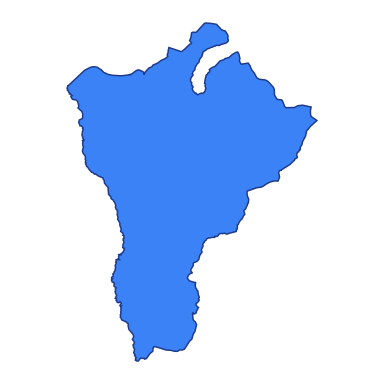 Bukombe, Geita, United Republic of Tanzania (Albers equal-area conic projection)
{"feature_id": "72390352B18842274411831", "entity_name": "Bukombe", "entity_type": "district", "adm_level": 2, "iso_a3": "TZA", "parent_name": "United Republic of Tanzania", "parent_adm1": "Geita", "projection": "albers", "projection_center": [31.534, -3.788], "detail": "fine", "context": "isolated", "style": "filled", "palette": "blue", "viewbox_px": 384, "rotation_deg": 0, "n_neighbors": 0, "source": "geoboundaries", "source_scale": "gbopen_adm2", "svg_char_len": 5901}
<svg xmlns="http://www.w3.org/2000/svg" viewBox="0 0 384 384"><path d="M237.7,52.0L235.9,52.4L232.3,54.5L229.0,57.5L225.0,58.6L223.9,59.7L220.2,60.8L214.9,66.5L212.5,67.3L210.2,68.8L209.3,69.7L209.8,70.7L209.4,72.2L208.3,72.5L207.2,74.6L206.6,74.6L206.1,75.4L205.2,79.2L204.6,83.3L205.4,84.1L205.0,85.9L205.8,87.9L205.1,91.0L204.0,92.4L202.7,93.4L201.2,93.1L197.6,94.8L196.0,93.2L195.8,93.5L194.8,92.8L193.0,90.8L192.2,88.7L193.1,87.1L192.4,85.8L191.7,85.6L191.7,82.7L190.5,81.3L190.7,78.6L191.9,76.4L192.8,75.7L193.0,74.6L192.4,74.2L192.9,71.9L194.9,69.7L195.2,67.4L197.1,64.0L199.0,62.1L199.6,59.4L201.8,56.5L202.8,53.2L202.7,52.4L204.7,50.7L205.3,50.6L207.1,49.0L209.3,48.3L211.3,47.2L212.2,47.2L214.2,46.2L215.5,46.0L216.2,45.3L219.2,45.5L220.5,44.7L225.9,43.1L228.0,41.5L228.3,40.1L228.2,39.3L227.7,38.6L228.0,36.2L227.8,35.1L225.4,31.1L222.4,30.1L221.2,29.3L216.4,24.3L210.4,23.3L205.2,23.0L204.3,23.5L196.6,31.9L196.0,32.3L192.6,32.3L191.6,32.8L190.9,37.5L189.6,40.7L191.5,42.6L191.1,43.6L189.7,44.3L184.7,49.1L181.9,51.4L180.8,51.5L168.9,47.5L168.2,50.5L168.2,52.0L167.4,54.4L167.3,55.7L167.7,56.7L165.0,58.7L161.2,60.4L157.6,63.1L153.0,65.1L151.7,67.0L149.0,67.9L145.1,72.1L144.2,74.3L143.8,74.1L143.7,72.6L143.0,71.7L139.5,70.1L137.8,69.9L135.8,70.9L131.7,74.0L129.5,74.6L129.8,74.8L121.4,75.8L112.4,75.3L107.9,74.3L103.8,72.4L101.2,69.8L97.1,67.2L94.9,66.8L92.2,66.8L89.6,67.7L84.5,70.4L68.6,85.4L67.8,85.6L68.0,86.2L67.4,87.1L67.1,88.7L67.7,89.1L67.4,90.1L68.6,91.4L68.6,92.1L69.2,93.0L70.0,93.4L69.7,94.0L70.7,94.3L72.1,95.7L70.9,96.3L71.3,97.7L72.7,99.4L75.8,99.9L77.5,101.1L78.7,105.4L78.7,106.3L78.0,108.1L81.8,111.4L82.7,113.8L82.6,117.9L82.2,118.6L79.4,119.9L78.7,122.3L80.1,125.9L81.2,125.8L82.9,127.6L82.5,128.2L83.0,128.8L83.0,129.9L82.6,130.6L82.0,135.2L82.7,136.9L82.5,137.7L84.1,139.9L84.0,140.4L82.5,140.4L82.4,140.8L83.1,141.6L82.6,143.3L82.9,145.9L83.5,146.8L82.6,149.7L82.5,151.7L83.7,154.2L84.7,155.1L85.4,156.8L85.3,159.7L85.9,160.3L85.3,162.1L86.0,163.3L85.5,163.9L86.4,165.3L86.6,166.5L87.5,166.9L89.1,169.4L91.7,172.3L92.5,172.2L94.5,174.2L95.6,174.0L98.5,176.1L102.9,177.9L103.3,179.3L104.2,180.4L104.5,183.2L108.3,187.8L108.1,188.8L108.6,194.5L111.0,196.9L111.0,198.6L113.3,200.1L113.7,201.2L114.9,202.7L115.8,205.7L115.4,207.2L115.8,208.4L116.2,209.5L117.6,210.4L117.3,211.6L117.6,212.1L117.3,212.7L117.5,214.0L117.1,214.4L118.0,217.3L117.6,219.1L119.9,223.3L119.8,225.1L121.2,229.0L120.7,231.4L122.9,233.4L123.2,234.8L122.9,235.3L123.7,235.5L123.9,236.0L124.0,238.3L123.2,238.8L123.5,239.3L123.0,240.1L123.7,240.9L123.9,242.5L123.0,244.4L122.8,247.6L124.2,248.2L123.8,248.6L124.3,249.6L122.4,253.1L121.6,253.2L120.8,254.0L120.9,254.9L119.4,254.4L118.6,254.6L119.0,255.7L118.6,256.4L118.7,258.7L119.5,259.7L118.0,259.7L117.3,259.1L116.5,259.8L116.0,259.9L116.3,261.0L115.7,262.2L116.4,262.9L115.1,265.7L115.7,267.9L115.1,269.1L115.4,270.0L114.1,271.9L114.0,272.9L112.8,274.0L113.3,274.7L113.1,275.9L112.8,276.7L112.2,276.8L111.5,277.8L111.7,278.5L112.5,278.8L111.4,280.0L112.2,282.0L113.2,282.2L113.3,282.7L114.5,283.2L113.9,285.4L114.1,286.3L116.2,287.9L115.3,288.9L115.6,291.0L115.1,291.5L115.6,293.5L116.7,295.3L115.3,298.2L116.5,298.4L116.2,299.3L116.5,299.9L116.1,300.3L116.8,301.0L116.9,302.0L118.1,302.7L119.1,302.6L119.9,301.6L121.4,303.3L119.9,305.4L120.2,306.0L121.4,305.9L120.7,307.0L121.1,308.5L120.8,309.4L121.1,310.8L120.7,311.9L120.9,313.9L120.3,314.8L120.6,315.7L120.3,317.2L121.1,318.1L121.6,319.8L126.3,322.0L126.7,322.7L128.0,323.5L128.3,324.1L128.1,326.0L128.9,329.4L132.9,334.1L133.6,335.9L133.5,337.2L132.4,339.4L134.5,342.1L134.0,343.2L134.0,344.2L133.0,345.0L133.6,347.6L134.6,349.3L133.7,352.8L135.2,355.1L135.1,355.3L134.7,355.1L134.6,355.4L136.0,357.4L135.5,358.1L136.0,358.9L135.3,360.0L136.4,360.9L138.3,361.0L140.5,358.2L142.5,358.2L143.0,358.5L144.2,358.3L144.7,359.1L146.4,358.6L150.0,353.5L152.9,351.2L152.9,349.0L153.8,346.8L155.5,346.7L166.2,350.0L170.9,350.3L174.0,351.2L176.7,351.4L178.3,350.9L179.5,350.0L182.1,350.0L184.4,349.2L189.8,340.9L191.8,339.2L193.3,334.0L194.8,331.9L196.6,324.7L195.3,321.9L193.7,320.5L193.1,319.2L192.5,313.6L193.0,312.8L193.9,313.9L195.0,313.7L196.1,313.0L196.5,311.3L198.5,307.4L197.6,307.0L195.9,304.8L196.2,303.7L198.6,301.3L199.2,300.0L198.5,298.6L199.2,297.5L199.0,296.2L198.4,295.1L197.8,290.9L196.8,290.1L196.7,289.1L195.9,288.3L195.2,285.7L195.6,282.8L195.1,282.3L194.5,282.7L193.5,282.1L189.4,280.9L187.3,278.1L188.3,275.4L190.5,273.4L192.0,273.1L192.1,272.5L190.9,271.3L190.8,269.6L193.2,265.7L193.2,264.0L193.6,262.7L197.0,261.4L198.7,259.6L199.8,255.3L202.0,252.2L201.4,249.5L202.9,246.6L203.1,245.6L202.7,244.7L203.3,243.1L204.3,242.4L204.5,241.2L206.0,240.3L206.4,239.0L208.6,238.0L210.2,237.9L211.6,237.4L214.7,237.4L214.7,236.3L217.0,236.4L218.0,235.8L218.7,234.4L221.0,233.3L222.4,233.7L224.7,233.1L225.6,233.8L227.4,234.1L228.4,233.5L236.2,231.5L236.4,229.9L237.0,229.5L237.4,227.2L237.2,225.1L238.2,224.5L239.0,222.4L241.0,219.7L242.1,218.9L243.4,216.0L244.8,214.2L243.8,210.8L245.9,208.6L246.2,207.2L247.5,204.9L247.4,203.8L248.2,203.1L248.4,202.3L248.7,199.1L247.6,196.7L247.0,193.5L247.2,191.1L256.5,187.8L261.1,187.1L262.7,186.5L267.0,183.6L270.2,182.0L274.6,180.9L278.0,181.1L279.6,177.0L278.6,172.4L279.6,170.5L281.3,170.4L281.6,169.7L289.8,164.6L294.4,160.3L294.7,159.3L297.3,157.6L296.7,154.6L296.9,153.6L297.6,152.2L298.7,151.8L299.5,149.8L300.0,150.0L300.2,149.6L300.3,147.1L301.9,144.8L302.5,141.8L305.6,136.0L306.6,131.0L310.7,126.1L316.9,120.5L311.0,116.4L310.5,113.9L310.4,111.0L311.1,107.0L302.6,105.2L298.0,105.7L294.4,107.5L285.9,107.7L284.8,106.8L282.3,100.5L281.5,99.9L277.2,99.4L275.5,96.8L274.5,94.9L274.3,89.5L273.4,87.3L269.5,83.0L267.9,81.4L265.4,80.0L259.1,79.2L256.7,77.6L254.3,73.1L251.6,69.7L249.9,65.5L248.2,63.1L241.3,64.2L239.8,61.9L239.4,60.7L239.9,58.4L239.6,57.1L238.9,54.1L237.7,52.0Z" fill="#3b82f6" stroke="#1e3a8a" stroke-width="1.5"/></svg>